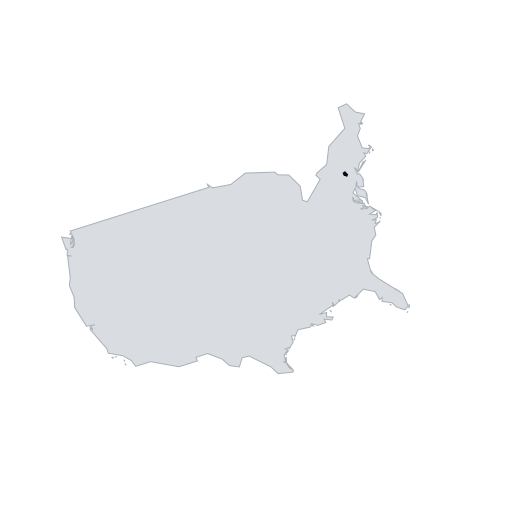 Lackawanna, Pennsylvania, United States of America (highlighted), rotated 319°
{"feature_id": "52423323B11679066299223", "entity_name": "Lackawanna", "entity_type": "district", "adm_level": 2, "iso_a3": "USA", "parent_name": "United States of America", "parent_adm1": "Pennsylvania", "projection": "orthographic", "projection_center": [-75.639, 41.402], "detail": "fine", "context": "in_parent", "style": "filled", "palette": "ink", "viewbox_px": 512, "rotation_deg": 319, "n_neighbors": 0, "source": "geoboundaries", "source_scale": "gbopen_adm2", "svg_char_len": 4120}
<svg xmlns="http://www.w3.org/2000/svg" viewBox="0 0 512 512"><g transform="rotate(319 256 256)"><path d="M382.8,221.1L406.8,217.9L415.3,198.0L424.2,200.6L425.4,212.5L431.2,220.0L422.4,223.6L422.0,225.9L420.4,223.2L418.4,228.1L411.4,231.9L407.1,244.0L411.4,248.9L414.2,248.1L413.4,245.9L414.3,246.9L414.6,249.4L406.7,251.5L405.1,248.9L404.4,252.6L395.1,253.8L388.1,258.8L388.8,256.0L388.1,254.3L386.2,260.8L388.2,261.9L387.6,267.3L382.8,274.4L377.7,270.1L380.8,265.7L377.3,268.7L378.7,273.6L380.8,276.4L381.1,279.5L374.9,290.8L376.8,283.7L372.1,277.0L375.4,269.9L370.6,272.0L372.1,282.5L367.5,279.2L365.9,279.6L367.4,276.3L367.3,275.3L365.7,277.8L365.6,280.0L372.6,284.2L371.0,286.1L367.9,282.4L366.7,281.7L370.6,286.2L372.3,287.0L371.2,289.7L369.1,287.6L372.4,291.6L371.6,292.2L370.0,290.1L365.6,289.1L370.9,293.0L374.4,292.9L377.7,302.6L374.8,295.1L375.7,300.0L369.1,298.9L373.8,303.7L376.1,302.4L373.1,306.7L366.8,305.1L370.6,307.4L367.3,309.5L371.1,311.2L364.0,312.0L360.1,318.9L353.3,320.6L339.9,332.6L338.3,331.1L332.8,342.3L332.2,345.1L333.8,354.0L342.0,380.4L338.1,393.7L333.0,394.2L328.6,386.6L328.0,380.6L321.4,373.0L324.0,370.1L320.6,370.0L322.6,361.1L315.2,351.4L302.6,352.3L300.9,346.8L289.0,344.8L290.7,343.0L288.4,344.7L282.8,344.9L283.2,340.9L282.0,343.6L265.5,341.7L272.2,344.9L269.4,348.2L274.2,352.6L271.3,354.1L266.0,348.3L265.1,352.0L257.3,349.0L253.4,343.4L250.4,345.3L239.3,339.2L231.8,342.8L233.7,341.8L230.3,339.7L227.4,345.5L219.7,347.9L221.5,347.1L217.1,345.3L218.3,347.8L212.4,349.1L209.1,355.4L206.9,353.7L208.6,356.1L207.9,362.5L209.4,366.9L207.6,367.8L195.6,359.4L194.5,349.4L185.1,326.9L178.7,323.7L170.7,328.8L164.1,321.3L162.8,311.6L155.5,297.9L144.1,293.1L143.0,296.8L125.2,289.0L107.1,266.6L92.8,260.3L93.4,253.1L90.1,244.0L80.8,232.4L82.6,228.1L82.6,203.0L83.9,201.2L84.4,204.9L85.4,200.0L89.4,202.3L82.0,197.8L85.3,176.0L91.7,167.7L95.7,156.0L101.4,150.7L113.9,132.3L116.8,135.1L113.9,131.6L118.1,127.2L116.9,126.4L121.7,114.2L128.1,121.6L123.0,126.1L128.1,123.9L124.9,128.5L122.3,128.3L123.5,129.5L126.2,128.5L129.7,124.1L132.2,115.3L265.4,173.2L266.3,170.0L267.8,176.0L283.9,185.5L302.3,186.4L325.2,205.0L325.8,209.1L333.9,216.4L335.2,232.3L327.7,244.4L330.3,248.8L354.8,240.2L354.2,234.3L356.4,233.3L369.4,233.3L382.8,221.1ZM397.9,256.4L402.0,255.6L387.8,259.8L399.4,254.9L397.9,256.4ZM129.9,120.2L129.0,123.9L128.7,124.3L128.7,121.1L129.9,120.2ZM209.4,365.8L208.6,359.8L209.3,356.6L209.0,360.0L209.4,365.8ZM423.4,224.0L423.4,225.8L422.8,225.5L423.4,224.0ZM253.3,345.1L253.5,346.5L252.3,345.2L253.3,345.1ZM83.0,240.0L84.5,240.2L84.6,240.4L83.0,240.0ZM81.8,238.7L80.9,239.2L80.8,238.1L81.8,238.7ZM410.3,251.6L409.3,252.8L409.0,252.6L410.3,251.6ZM210.8,354.0L209.4,356.2L212.6,352.0L210.8,354.0ZM339.6,371.7L341.2,376.9L339.3,371.2L339.6,371.7ZM88.0,248.1L88.1,249.7L87.9,248.2L88.0,248.1ZM338.9,394.5L337.2,396.0L339.9,392.8L338.9,394.5ZM378.2,305.8L376.6,307.9L377.9,303.0L378.2,305.8ZM130.4,117.0L129.9,117.9L129.7,117.2L130.4,117.0ZM218.1,348.8L215.4,349.3L218.3,348.5L218.1,348.8ZM414.2,251.9L414.2,253.2L413.0,253.0L414.2,251.9ZM86.5,251.6L86.4,253.4L86.3,251.7L86.5,251.6ZM214.7,350.1L213.5,350.5L214.6,349.7L214.7,350.1ZM380.5,281.7L378.8,284.4L380.7,280.6L380.5,281.7ZM230.8,343.8L229.0,344.4L231.6,343.2L230.8,343.8ZM333.0,343.7L332.6,345.8L332.5,344.3L333.0,343.7ZM371.7,311.5L371.1,311.9L372.8,310.3L371.7,311.5ZM307.1,352.3L305.0,353.2L304.1,352.9L307.1,352.3ZM282.1,344.4L281.7,344.7L280.5,344.5L282.1,344.4ZM325.6,380.6L325.8,382.1L325.3,380.2L325.6,380.6ZM276.5,346.6L276.0,347.9L276.2,345.4L276.5,346.6ZM333.9,397.7L332.7,397.8L334.4,397.5L333.9,397.7ZM387.3,268.3L386.5,269.6L387.4,267.7L387.3,268.3ZM375.3,308.3L374.6,308.8L374.5,308.7L375.3,308.3Z" fill="#d9dde1" stroke="#a8b0b8" stroke-width="1"/><path d="M375.7,252.9L375.7,253.1L375.9,253.3L376.3,253.6L376.6,253.6L376.6,254.0L376.7,254.3L376.9,254.4L376.9,255.0L377.1,255.1L377.6,254.7L377.8,254.7L378.1,254.5L378.3,254.4L378.2,252.9L378.2,251.9L378.1,251.0L376.9,250.9L376.4,250.9L376.4,251.0L376.1,251.6L375.9,252.0L376.1,252.2L375.7,252.9Z" fill="#0f172a" stroke="#020617" stroke-width="1.5"/></g></svg>